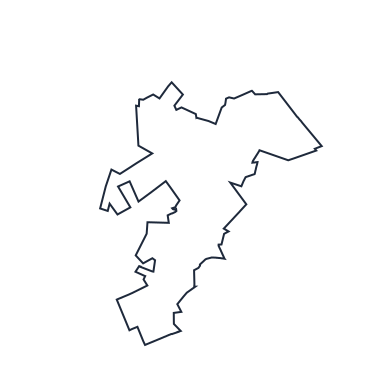 Tubutama, Sonora, Mexico (Albers equal-area conic projection), rotated 234°
{"feature_id": "50627088B99334846308648", "entity_name": "Tubutama", "entity_type": "district", "adm_level": 2, "iso_a3": "MEX", "parent_name": "Mexico", "parent_adm1": "Sonora", "projection": "albers", "projection_center": [-111.464, 30.932], "detail": "fine", "context": "isolated", "style": "outline", "palette": "slate", "viewbox_px": 384, "rotation_deg": 234, "n_neighbors": 0, "source": "geoboundaries", "source_scale": "gbopen_adm2", "svg_char_len": 3550}
<svg xmlns="http://www.w3.org/2000/svg" viewBox="0 0 384 384"><g transform="rotate(234 192 192)"><path d="M152.9,323.9L177.3,322.3L183.4,321.9L184.0,321.9L184.5,321.9L184.8,321.9L185.0,321.9L185.3,321.9L187.5,321.6L190.2,321.5L191.1,321.2L196.3,321.1L222.2,320.4L225.5,314.1L227.1,311.1L227.1,310.2L233.9,300.5L238.6,300.0L238.8,299.7L240.9,289.9L242.9,281.0L246.8,277.6L247.5,274.4L244.6,271.6L243.0,269.9L242.9,265.7L233.1,251.1L239.7,247.1L249.2,239.5L249.5,239.3L249.5,239.2L252.8,240.9L266.6,233.2L267.7,227.6L272.2,228.5L276.2,241.9L292.7,240.0L291.5,234.8L286.8,220.7L293.7,217.9L294.8,211.0L295.3,206.8L297.8,204.2L297.8,203.5L297.2,203.1L292.6,199.5L294.7,197.5L266.9,179.7L261.0,175.9L246.6,182.5L246.9,178.0L247.9,164.3L248.2,158.6L248.2,158.1L249.0,144.3L253.1,142.2L257.5,140.0L247.2,125.5L232.7,108.0L226.2,112.7L231.0,118.5L217.6,118.5L215.8,133.1L239.9,135.4L237.3,147.8L215.7,143.1L215.7,143.7L215.8,158.9L216.1,172.8L216.2,177.2L208.4,177.2L192.5,177.0L190.5,171.4L189.5,169.5L190.5,166.4L189.3,166.5L187.7,167.8L187.5,169.1L185.8,168.2L185.7,166.7L186.3,163.4L186.7,162.6L187.4,158.6L180.7,155.1L192.8,139.4L193.7,138.2L192.5,137.2L184.9,130.8L173.8,109.2L163.0,110.5L161.7,121.0L158.5,122.0L150.3,114.0L150.7,113.7L150.9,113.3L162.0,106.1L162.1,106.4L163.1,105.7L160.7,99.4L151.9,104.4L151.8,104.5L151.5,104.7L149.7,101.4L142.6,100.9L145.5,83.8L145.6,83.5L146.2,80.5L149.2,67.9L127.2,62.6L116.9,60.1L116.4,62.9L115.0,68.6L100.0,64.9L95.9,64.1L91.3,83.2L91.2,83.7L91.0,84.7L90.8,85.2L90.4,87.0L90.3,87.7L90.1,88.2L90.0,89.0L89.8,89.6L89.6,90.3L89.5,90.8L89.3,91.8L88.8,92.3L88.6,93.1L86.9,98.5L87.1,98.5L86.2,101.2L95.9,99.8L98.2,101.4L104.9,106.2L101.3,112.9L109.9,114.2L112.4,123.6L113.6,128.6L113.5,139.1L114.2,138.2L115.9,139.7L127.5,147.7L126.8,152.6L127.7,155.2L128.7,155.8L129.2,160.3L129.6,163.2L129.4,164.4L127.4,169.5L125.2,172.3L124.7,172.9L124.5,173.0L124.4,173.2L124.3,173.3L124.2,173.4L124.0,173.7L123.8,173.9L123.6,174.1L123.3,174.4L123.2,174.5L122.9,174.9L122.7,175.1L122.4,175.5L122.0,175.9L121.7,176.3L121.2,176.7L121.0,176.9L120.7,177.3L120.4,177.6L120.2,177.8L120.0,178.0L119.7,178.3L119.5,178.5L119.3,178.7L119.1,178.9L118.9,179.1L119.1,179.1L119.5,179.2L119.9,179.3L120.0,179.3L120.3,179.4L120.9,179.5L121.3,179.6L121.7,179.7L122.0,179.7L122.6,179.8L123.2,180.0L123.9,180.1L124.2,180.1L124.4,180.2L124.7,180.3L125.0,180.3L125.7,180.5L126.5,180.6L127.3,180.8L128.6,181.1L130.5,181.4L131.8,181.7L132.3,181.8L132.5,181.9L132.9,181.9L133.8,182.6L132.2,185.0L139.3,193.4L138.6,198.4L143.7,196.2L147.9,217.9L147.9,218.0L148.0,218.5L148.3,219.7L150.1,228.7L161.3,228.6L177.1,228.5L167.6,235.3L170.4,239.9L171.1,241.3L171.2,241.6L171.5,242.1L171.8,242.7L172.3,243.7L172.5,244.1L172.3,244.7L172.2,245.2L172.0,245.8L171.8,246.3L171.7,246.6L171.6,247.2L171.3,247.9L171.2,248.4L171.0,248.9L170.7,250.0L170.3,251.3L169.9,252.4L169.7,253.2L170.0,253.6L170.3,254.0L170.7,254.4L171.1,254.9L171.6,255.4L172.1,256.0L172.8,256.9L173.5,257.6L174.5,258.8L175.0,259.4L175.6,260.2L176.3,261.1L176.9,261.7L177.3,262.2L177.7,262.6L178.2,261.7L178.6,261.0L179.2,259.8L179.9,258.7L180.2,258.1L180.6,258.5L180.9,258.9L181.1,259.3L181.5,259.9L181.5,260.1L182.0,261.2L182.2,261.7L182.4,262.1L182.5,262.6L182.7,263.1L182.9,263.5L183.0,263.9L183.2,264.2L183.3,264.6L183.7,265.4L183.9,266.1L184.2,266.8L184.4,267.3L184.6,267.8L184.9,268.6L185.2,269.3L185.5,269.9L185.7,270.5L185.9,270.9L185.9,271.1L186.0,271.2L161.1,288.5L159.3,294.2L154.8,309.2L152.5,316.9L154.8,316.8L152.9,323.9Z" fill="none" stroke="#1e293b" stroke-width="2"/></g></svg>